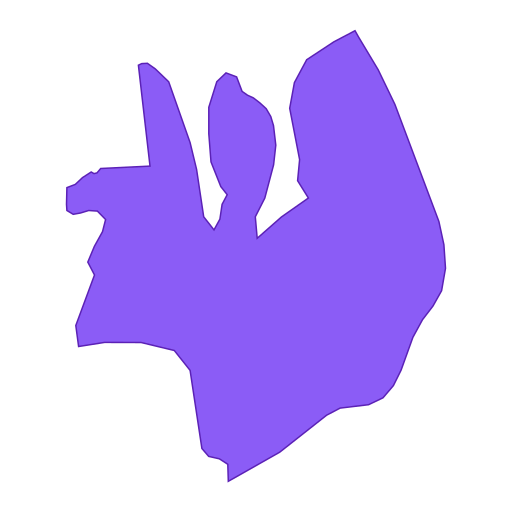 SVG path tracing the border of Laguna
{"feature_id": "PHL-2566", "entity_name": "Laguna", "entity_type": "Province", "adm_level": 1, "iso_a3": "PHL", "parent_name": "Philippines", "parent_adm1": "", "projection": "robinson", "projection_center": [121.266, 14.267], "detail": "fine", "context": "isolated", "style": "filled", "palette": "violet", "viewbox_px": 512, "rotation_deg": 0, "n_neighbors": 0, "source": "natural_earth", "source_scale": "10m", "svg_char_len": 1165}
<svg xmlns="http://www.w3.org/2000/svg" viewBox="0 0 512 512"><path d="M358.6,37.1L378.2,69.8L394.9,104.4L438.9,221.5L443.9,244.7L445.5,268.3L441.6,290.7L433.0,306.0L422.5,319.7L412.9,337.3L401.1,370.1L393.4,385.6L383.0,397.8L368.6,404.7L340.1,408.1L326.6,415.2L279.7,452.2L228.3,481.3L227.8,464.3L219.3,458.8L208.7,456.4L201.9,448.5L190.1,370.4L174.3,350.5L141.1,342.5L104.6,342.4L78.6,346.5L75.8,325.5L94.5,275.0L87.8,262.1L94.4,246.3L102.5,231.7L105.6,219.5L97.4,211.1L88.7,210.5L80.5,213.0L73.2,214.3L66.9,210.5L66.5,204.4L66.9,187.6L75.3,184.4L82.5,177.6L91.2,172.0L94.0,173.6L97.0,172.9L100.7,168.5L150.0,166.1L144.4,117.4L138.4,65.2L141.7,63.6L147.4,63.3L155.3,68.9L168.7,81.8L190.1,142.6L196.6,169.5L203.7,216.8L214.0,229.9L219.9,219.1L222.1,204.3L227.2,194.7L220.8,186.6L211.0,161.9L208.8,133.8L208.8,107.3L216.8,81.7L226.0,72.9L236.6,76.9L242.1,91.4L247.5,95.2L253.4,97.9L260.0,103.0L266.2,108.7L270.8,116.6L273.5,125.6L275.8,145.2L273.6,164.8L264.8,198.1L255.3,216.8L257.2,238.3L281.4,217.0L308.4,198.0L297.6,180.7L299.6,159.6L289.7,108.3L294.4,82.6L306.7,59.7L333.9,41.8L355.0,30.7L358.6,37.1Z" fill="#8b5cf6" stroke="#5b21b6" stroke-width="1.5"/></svg>